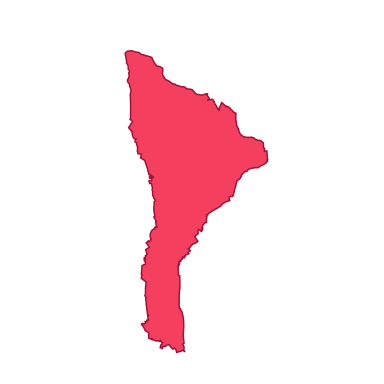 Carta, Harghita, Romania, rotated 75°
{"feature_id": "2599482B48066587484568", "entity_name": "Carta", "entity_type": "district", "adm_level": 2, "iso_a3": "ROU", "parent_name": "Romania", "parent_adm1": "Harghita", "projection": "equal_earth", "projection_center": [25.713, 46.564], "detail": "fine", "context": "isolated", "style": "filled", "palette": "rose", "viewbox_px": 384, "rotation_deg": 75, "n_neighbors": 0, "source": "geoboundaries", "source_scale": "gbopen_adm2", "svg_char_len": 6059}
<svg xmlns="http://www.w3.org/2000/svg" viewBox="0 0 384 384"><g transform="rotate(75 192 192)"><path d="M310.1,273.7L313.9,273.0L315.9,271.0L316.7,270.4L317.8,270.4L319.4,271.1L322.4,271.6L323.5,268.7L323.9,269.2L326.3,265.6L326.7,264.5L327.9,261.5L327.1,261.2L327.0,260.9L329.3,260.3L330.1,259.4L331.0,260.4L331.6,261.6L334.1,263.0L335.5,261.2L333.7,260.3L333.8,259.8L334.1,259.2L334.2,258.3L334.4,257.6L333.8,257.0L333.3,255.5L334.0,253.2L335.8,252.9L338.9,251.2L338.1,249.1L339.9,248.4L343.0,248.3L342.9,245.0L342.6,241.3L343.6,240.9L344.7,240.2L342.4,240.8L341.8,240.7L341.1,240.2L340.1,239.8L338.9,239.9L336.6,240.4L336.0,238.8L330.5,238.0L326.8,237.1L319.6,234.7L314.8,233.6L311.4,233.0L308.3,232.7L305.2,232.8L303.5,233.3L301.7,233.4L301.2,234.2L300.4,234.2L299.8,233.9L299.0,234.1L298.0,233.7L296.4,233.4L296.3,233.2L288.2,231.1L284.7,229.9L281.6,228.5L269.7,225.5L269.1,226.4L268.6,226.3L268.4,226.5L264.3,225.6L260.9,224.8L261.0,224.7L259.4,224.3L259.6,223.9L258.6,223.8L258.8,223.1L258.3,222.9L258.3,223.1L258.1,223.1L257.7,223.0L257.8,222.5L257.4,222.4L257.4,222.9L256.1,222.7L255.7,222.0L256.0,222.0L255.8,221.5L255.6,221.5L255.5,221.2L256.0,221.2L256.0,220.8L254.3,220.8L255.1,220.4L254.1,219.1L254.3,219.0L253.1,217.6L252.5,218.0L252.3,217.7L253.1,217.2L252.9,217.0L253.5,216.6L253.1,216.3L252.3,215.1L251.7,215.4L251.2,213.9L250.8,210.9L249.3,211.6L248.8,210.4L248.5,208.8L246.6,209.4L245.9,210.4L245.0,208.2L244.0,207.0L243.7,206.8L242.4,204.2L242.3,203.0L242.4,202.3L242.1,200.9L241.1,199.0L235.9,200.9L235.4,199.9L234.4,198.4L233.9,196.8L233.4,196.5L232.6,196.8L232.0,196.4L231.0,196.2L229.9,195.4L232.6,193.1L231.6,191.9L231.2,192.3L230.3,191.3L230.1,191.7L229.8,191.3L229.6,191.7L227.0,190.3L225.2,187.8L225.2,185.8L222.3,185.2L219.6,183.9L218.1,183.8L218.3,182.7L217.1,182.0L215.0,175.1L214.7,173.6L213.0,167.8L211.0,164.9L210.6,162.7L210.1,161.2L210.2,157.8L207.7,157.7L206.6,157.4L206.3,157.1L206.4,156.7L206.3,155.8L206.9,154.3L206.6,153.9L206.6,153.4L205.8,153.3L204.6,152.2L203.3,151.8L203.0,151.3L202.2,150.8L200.6,150.3L200.3,150.0L196.7,147.7L196.1,147.6L193.2,145.8L192.8,145.2L192.5,144.3L192.0,143.7L191.7,142.4L189.7,140.4L188.1,139.6L188.0,139.1L186.6,136.9L186.2,136.0L186.0,133.3L185.0,132.0L184.5,130.4L184.4,129.3L184.8,125.9L184.7,124.9L184.9,124.7L184.9,124.2L185.5,122.5L185.6,121.7L185.2,120.5L184.6,119.5L184.5,118.0L183.3,113.2L182.2,112.1L182.1,111.2L180.4,111.2L180.3,110.5L177.3,110.2L171.9,109.0L171.4,110.0L171.5,111.5L168.6,110.6L167.8,111.5L166.2,111.0L162.8,110.5L160.6,112.0L160.0,112.7L159.5,113.4L159.5,114.7L158.1,116.0L158.1,116.4L157.5,117.4L156.3,117.7L155.1,119.3L154.5,120.3L154.0,122.5L153.8,123.7L152.5,126.9L151.6,127.9L151.7,128.1L150.8,128.9L147.9,130.6L144.2,131.0L143.9,130.7L143.5,130.7L140.6,131.5L139.7,131.5L132.4,130.8L127.6,129.2L127.0,129.5L126.3,130.5L125.1,131.5L124.0,131.9L122.6,132.6L121.8,133.3L120.5,133.7L119.7,134.6L119.0,135.1L118.2,136.1L118.1,136.3L118.4,137.0L117.6,137.3L113.3,140.1L114.2,141.0L115.8,141.9L117.4,143.6L119.6,144.4L120.1,144.9L119.0,145.3L114.8,146.3L113.0,147.1L110.2,147.2L107.8,148.1L107.6,148.7L107.4,151.4L107.6,152.8L107.1,152.8L106.8,151.6L106.5,151.2L106.1,151.1L101.9,152.5L101.9,152.2L101.4,151.6L100.8,152.2L101.0,157.2L98.9,162.2L95.9,164.1L94.2,164.7L93.2,165.4L92.7,166.1L92.4,167.1L91.8,168.0L91.3,169.7L90.9,170.6L90.5,170.6L90.0,171.1L88.6,172.0L88.0,173.4L88.1,173.6L87.7,174.9L85.8,177.6L84.9,179.5L84.0,180.0L83.3,180.8L83.0,181.3L83.2,181.6L82.8,182.3L79.4,185.1L77.9,186.6L77.2,187.5L77.3,187.8L76.7,188.3L71.6,190.0L69.2,189.8L66.8,188.6L64.8,188.3L62.0,191.3L61.8,192.4L61.1,193.4L58.4,194.6L53.5,195.8L51.6,196.0L48.7,200.4L48.6,201.3L47.3,202.6L46.0,205.3L43.9,206.9L43.2,207.6L42.7,209.2L40.4,213.0L39.6,214.7L39.6,217.0L39.3,217.5L39.3,218.2L40.6,220.6L42.3,220.9L46.8,221.1L50.7,221.8L52.9,221.1L55.2,221.3L56.7,221.9L57.7,221.2L59.3,221.2L60.9,222.5L62.2,222.4L63.0,222.5L65.4,223.6L67.2,225.5L68.9,225.4L69.4,225.5L70.8,224.8L71.6,224.6L74.8,224.8L75.6,224.6L78.5,224.6L79.3,225.0L81.2,226.2L82.7,226.7L84.3,226.9L94.6,229.4L105.1,232.4L106.0,233.1L106.7,232.2L107.6,231.5L108.6,231.2L109.0,231.4L110.2,233.2L110.9,234.0L112.0,234.7L112.2,234.9L112.6,235.8L113.6,236.6L117.4,234.7L118.1,234.1L118.3,234.5L122.0,234.8L123.1,234.8L125.2,234.2L125.9,233.3L126.2,232.4L126.5,233.1L127.0,233.4L127.7,233.5L128.8,234.1L129.9,233.0L131.2,233.2L135.0,233.0L136.2,233.5L137.1,233.6L138.3,234.3L139.1,234.1L141.1,234.3L141.5,233.1L141.6,232.1L141.9,231.5L143.4,231.7L144.0,232.0L145.0,232.2L145.3,232.7L145.7,232.9L147.6,231.0L147.7,230.8L149.6,229.5L157.4,229.0L164.0,229.1L164.1,228.1L164.9,228.3L165.7,226.8L166.4,227.1L167.3,225.4L167.9,225.6L166.3,229.1L167.8,229.5L168.5,227.2L168.9,227.4L170.5,228.1L170.1,230.7L172.9,230.7L173.0,229.0L175.5,229.1L177.4,229.1L178.4,229.4L179.4,230.0L181.3,229.9L183.2,230.5L185.8,230.8L186.1,230.6L186.8,230.4L188.0,230.5L188.8,230.3L190.2,229.5L190.4,229.6L190.9,230.1L191.3,230.1L191.7,231.1L192.7,231.3L197.8,233.1L200.9,233.8L201.4,233.7L205.9,234.2L206.3,235.4L210.5,234.1L211.0,234.1L211.1,234.7L216.3,235.5L216.4,234.7L216.7,234.7L216.6,237.1L217.5,236.9L218.2,239.8L219.0,241.1L221.4,243.0L223.1,243.7L224.9,244.0L226.1,243.8L226.6,243.5L227.6,244.7L227.8,244.8L228.2,244.6L228.9,246.5L227.8,246.9L228.8,248.3L229.3,249.4L234.2,247.4L235.7,251.7L240.8,251.6L241.3,253.0L241.8,253.0L241.7,253.6L244.8,254.5L244.6,254.7L243.4,254.4L243.4,254.7L244.5,255.0L243.9,255.4L246.1,255.9L246.3,255.1L249.1,255.6L249.8,255.9L249.9,256.6L249.7,257.8L250.3,258.5L250.1,259.3L258.5,262.3L259.0,261.8L262.3,263.3L267.1,259.6L272.8,261.8L278.2,263.3L279.0,263.6L279.5,264.2L279.9,264.3L280.6,264.2L280.9,263.7L282.9,264.2L283.6,264.5L285.2,264.6L289.2,265.4L298.6,266.6L298.8,266.0L299.7,266.0L299.5,266.7L303.5,267.3L304.4,267.2L304.1,268.8L305.4,269.2L305.5,269.0L305.8,269.2L305.1,270.8L307.1,271.1L306.8,272.3L306.9,272.8L306.5,272.9L306.4,273.3L306.1,274.0L306.1,274.5L306.4,274.8L307.1,274.8L307.2,275.0L307.8,274.5L310.1,273.7Z" fill="#f43f5e" stroke="#9f1239" stroke-width="1.5"/></g></svg>